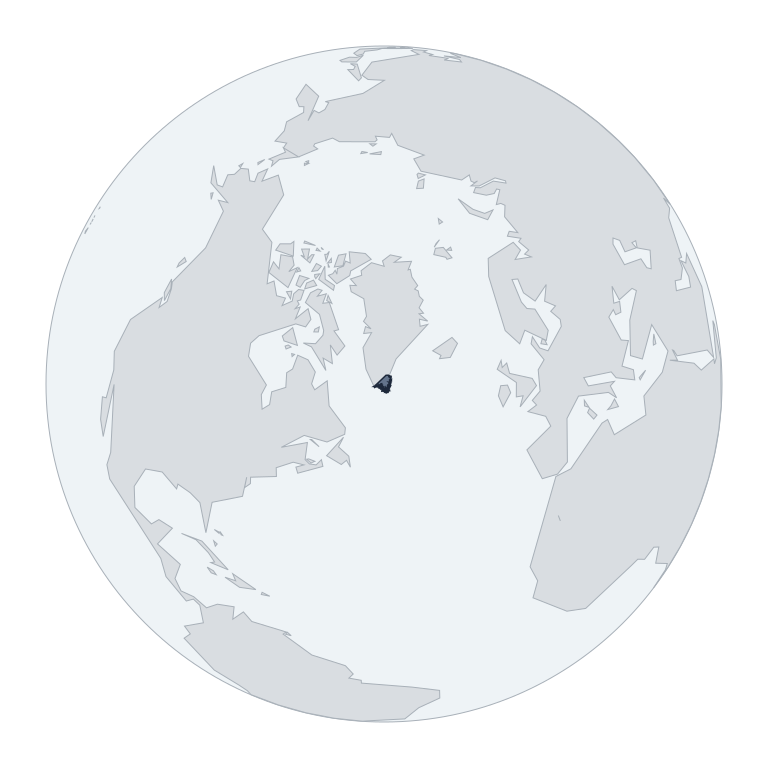 globe centered on Kommune Kujalleq
{"feature_id": "GRL-2740", "entity_name": "Kommune Kujalleq", "entity_type": "state/province", "adm_level": 1, "iso_a3": "GRL", "parent_name": "Greenland", "parent_adm1": "", "projection": "orthographic", "projection_center": [-44.745, 61.276], "detail": "fine", "context": "on_globe", "style": "filled", "palette": "slate", "viewbox_px": 768, "rotation_deg": 0, "n_neighbors": 0, "source": "natural_earth", "source_scale": "10m", "svg_char_len": 16103}
<svg xmlns="http://www.w3.org/2000/svg" viewBox="0 0 768 768"><circle cx="384" cy="384" r="338" fill="#eef3f6" stroke="#a8b0b8"/><path d="M250.9,694.6L247.5,690.8L239.0,685.1L214.3,670.1L184.1,638.2L190.3,633.9L184.5,626.1L203.4,622.8L199.8,605.2L193.4,599.1L186.3,601.0L166.0,576.6L160.8,558.4L109.7,479.0L106.9,464.7L110.7,452.4L114.1,384.4L103.2,436.5L100.6,419.3L102.4,396.8L106.2,397.8L113.8,369.9L114.3,351.3L130.5,319.5L162.2,297.5L159.1,307.5L167.1,301.5L171.4,288.8L172.3,281.9L205.6,247.9L223.4,211.2L218.3,200.2L227.8,202.6L210.9,182.8L213.7,165.6L217.2,184.9L222.6,186.9L227.8,174.8L234.5,174.3L240.8,168.4L248.3,169.1L249.8,180.8L254.7,181.7L258.0,173.2L267.7,168.9L262.0,181.2L278.3,175.1L283.7,194.9L262.4,229.2L271.9,242.3L267.1,283.8L274.0,281.0L276.6,295.7L285.5,298.1L282.1,305.6L292.2,301.1L293.7,293.8L298.6,289.5L304.0,290.4L300.6,300.0L297.3,300.9L299.1,304.2L295.1,308.7L300.2,307.0L295.4,318.8L308.1,308.7L310.9,319.4L305.6,326.9L295.8,323.9L259.0,335.7L250.6,343.2L248.5,356.3L266.4,385.0L261.3,394.6L262.1,409.2L269.6,404.6L271.7,391.8L285.8,387.4L286.7,372.7L292.6,369.0L297.7,355.2L308.0,359.8L315.3,372.0L311.6,383.9L314.7,389.8L327.2,380.8L329.1,405.9L345.4,427.8L344.7,434.3L327.0,442.0L304.2,435.4L281.3,447.3L307.4,442.5L305.1,459.6L309.4,463.9L316.1,464.9L321.4,459.7L322.9,466.4L297.7,473.2L295.9,467.1L303.9,464.9L293.2,462.2L276.2,467.7L276.4,476.5L250.6,477.2L250.4,483.6L244.6,487.6L246.7,477.2L242.5,496.3L212.1,502.3L205.9,532.7L199.9,502.6L190.3,492.8L177.9,484.1L176.6,488.9L162.2,472.0L145.5,469.0L134.2,486.3L134.9,507.5L151.4,523.9L158.9,519.6L172.4,528.2L157.5,543.9L180.3,564.4L175.0,578.5L181.0,590.9L193.7,596.7L206.5,607.8L217.4,604.2L234.1,606.8L232.8,619.2L243.4,611.9L251.8,621.5L286.2,632.0L283.1,634.1L311.8,655.0L345.4,665.7L353.2,674.0L348.9,678.1L361.2,680.3L361.4,683.1L412.0,687.1L439.6,690.4L439.8,698.0L418.8,707.7L404.8,718.9L368.5,720.8L362.6,721.2L333.9,718.2L305.6,712.7L277.9,704.8L250.9,694.6ZM85.4,231.2L88.3,227.6L84.8,233.9L85.4,231.2ZM91.2,222.7L90.0,224.5L91.3,222.5L91.2,222.7ZM93.0,219.5L91.7,221.8L92.9,219.4L93.0,219.5ZM95.0,215.4L94.0,217.5L94.0,217.4L95.0,215.4ZM201.9,541.1L228.2,569.8L210.8,562.6L214.6,562.0L208.4,552.7L196.1,539.8L181.5,533.4L201.9,541.1ZM99.2,208.5L100.3,206.7L99.6,208.3L99.2,208.5ZM219.1,533.4L214.3,529.5L219.3,532.2L219.1,533.4ZM171.6,279.0L170.8,288.6L164.4,300.6L164.3,292.6L171.6,279.0ZM184.7,257.5L186.2,261.5L177.2,267.0L179.1,263.0L184.7,257.5ZM213.1,192.8L211.2,199.4L210.8,193.2L213.1,192.8ZM240.4,167.5L238.8,165.8L242.8,163.5L240.4,167.5ZM291.7,353.6L294.6,354.4L292.1,356.6L291.7,353.6ZM291.1,347.0L286.1,349.0L285.1,346.1L288.2,345.0L291.1,347.0ZM257.9,162.5L264.8,159.5L258.0,164.6L257.9,162.5ZM297.4,345.4L284.0,340.9L282.3,336.0L292.7,327.6L297.4,345.4ZM268.9,159.1L285.5,152.2L283.4,147.8L298.6,156.9L279.5,159.4L271.5,166.2L273.0,160.8L268.9,159.1ZM291.8,291.2L290.5,298.9L286.5,291.7L291.8,291.2ZM288.0,287.6L268.9,272.5L273.5,261.8L279.0,268.9L280.9,254.7L292.6,256.9L294.1,265.2L288.8,271.6L297.3,267.6L288.0,287.6ZM304.4,163.2L308.6,163.5L304.4,165.5L304.4,163.2ZM300.2,287.3L296.0,285.0L299.6,275.5L308.9,278.4L304.7,280.5L300.2,287.3ZM275.7,250.1L280.1,243.8L290.7,243.8L293.9,241.4L293.3,256.1L275.7,250.1ZM306.6,283.1L313.5,280.1L316.7,285.5L304.7,288.9L306.6,283.1ZM296.7,272.0L298.9,267.7L300.7,270.9L296.7,272.0ZM331.9,303.4L326.7,300.6L328.1,295.4L331.9,303.4ZM315.8,278.7L314.7,276.8L314.7,274.5L319.7,273.8L315.8,278.7ZM300.8,255.2L304.3,256.6L301.6,249.1L309.5,249.0L307.6,259.0L311.7,254.7L314.1,254.7L309.9,262.9L300.8,255.2ZM324.8,266.2L325.2,279.3L334.5,285.5L333.5,290.3L318.7,279.4L324.8,266.2ZM316.4,263.5L321.4,266.2L317.6,270.6L311.8,271.4L316.4,263.5ZM315.5,245.5L303.9,243.0L304.7,241.0L315.5,245.5ZM328.3,267.1L328.1,264.0L329.4,267.0L328.3,267.1ZM320.2,251.1L316.0,250.4L317.1,248.1L320.2,251.1ZM331.3,258.4L331.4,262.5L327.5,263.1L331.3,258.4ZM326.9,254.3L329.3,251.3L326.1,260.9L324.8,254.4L326.9,254.3ZM321.9,249.0L321.1,247.4L323.5,249.6L321.9,249.0ZM346.0,253.8L342.9,265.7L334.3,267.0L338.5,255.2L346.0,253.8ZM598.8,123.1L599.8,124.1L618.7,141.0L634.5,157.2L653.3,179.9L670.0,204.1L670.1,204.3L663.5,198.0L669.6,208.2L668.7,217.8L681.6,257.3L678.9,258.5L682.4,268.0L681.0,279.5L675.2,280.7L676.4,290.7L690.6,287.1L688.8,276.5L681.0,260.7L685.8,263.0L686.6,253.5L701.8,286.7L713.6,357.4L707.2,350.0L677.1,355.8L673.8,350.6L673.3,350.3L672.5,350.0L677.5,360.2L669.8,360.2L694.0,363.2L701.3,370.1L713.9,358.9L714.5,363.8L716.3,357.8L712.8,320.6L714.4,324.6L720.7,359.2L721.2,406.1L718.7,430.5L714.4,454.7L708.4,478.6L700.7,501.9L691.3,524.6L680.2,546.6L667.6,567.7L653.5,587.9L665.4,569.8L667.3,563.5L655.7,563.2L658.8,547.0L653.8,547.2L644.6,559.3L637.8,559.2L631.4,565.5L585.7,608.4L566.9,611.2L533.0,597.8L537.7,580.8L530.1,566.8L555.9,476.5L570.9,468.8L602.0,423.1L607.6,419.5L614.3,434.7L645.9,415.0L643.9,396.0L662.3,372.2L668.0,351.0L651.7,324.6L642.4,359.0L630.5,355.6L629.8,320.1L636.4,290.6L632.0,288.4L619.3,299.8L612.0,286.2L613.8,303.2L619.6,301.4L620.9,312.2L615.7,314.7L613.3,309.6L608.8,317.1L621.2,340.0L628.4,340.6L622.0,366.1L633.4,369.7L634.8,379.9L616.1,377.7L611.2,371.9L583.8,377.6L588.3,385.9L614.5,381.3L610.3,385.9L616.6,397.8L608.4,392.4L578.5,396.1L567.0,418.4L567.4,462.0L557.5,474.1L542.3,478.7L526.9,449.9L550.8,426.1L545.7,416.3L527.9,411.6L536.6,405.0L532.3,400.4L540.1,391.1L538.2,369.8L544.1,359.7L531.1,343.8L532.4,336.7L539.7,348.0L548.0,350.8L561.3,326.4L560.2,319.4L550.7,311.3L555.5,305.9L544.6,301.2L546.2,284.5L535.1,301.1L523.5,292.8L517.8,279.0L512.0,279.5L521.4,302.1L526.9,308.5L534.9,309.1L548.2,330.3L546.3,340.4L524.8,330.2L519.7,343.8L505.2,330.6L488.7,276.5L488.2,258.4L513.2,242.3L520.5,250.1L515.1,259.5L531.4,256.9L524.6,254.1L528.7,250.0L518.7,241.6L521.0,238.3L507.4,236.2L509.2,231.3L517.8,232.6L504.6,216.8L505.0,205.3L500.8,203.4L496.3,204.6L499.8,189.7L496.6,189.0L494.2,193.5L486.3,195.2L473.6,192.6L475.5,187.5L480.3,187.8L493.4,181.1L506.0,183.1L505.5,180.8L495.0,177.9L479.1,186.0L470.9,185.9L477.5,180.9L474.4,182.7L471.0,181.1L469.3,174.9L461.7,180.0L421.0,171.2L413.8,158.9L424.2,155.1L397.8,145.3L391.7,133.4L389.5,137.4L375.4,136.2L377.1,139.9L374.9,141.8L339.4,141.7L332.6,138.1L314.8,143.8L313.6,146.0L317.7,148.9L298.6,156.9L283.4,147.8L286.7,143.1L275.0,141.1L284.3,130.8L286.6,121.8L303.6,112.5L303.9,106.7L299.2,106.6L296.1,99.0L306.0,84.3L318.7,96.2L308.0,120.7L314.1,110.4L318.9,112.9L324.9,109.5L328.7,102.6L325.3,101.6L363.0,93.4L384.4,80.3L368.0,79.5L361.9,75.2L371.9,62.1L418.9,54.4L411.3,50.6L413.7,49.6L426.5,50.6L423.5,52.0L432.6,54.5L428.9,55.5L448.5,58.4L444.1,60.0L461.5,62.0L459.5,59.5L443.9,55.9L460.9,57.6L450.4,53.3L453.9,53.4L455.2,53.7L481.1,60.3L506.5,69.1L531.1,79.8L554.8,92.4L577.4,106.9L598.8,123.1ZM558.3,515.5L560.3,520.7L560.3,520.8L558.3,515.5ZM651.2,268.8L650.1,250.2L637.2,247.9L635.7,240.7L631.9,242.7L636.3,247.8L625.0,251.8L619.7,240.4L613.0,238.0L613.0,244.2L624.5,264.7L640.9,258.8L646.8,267.7L651.2,268.8ZM287.3,632.2L291.2,635.7L285.6,634.2L287.3,632.2ZM207.2,567.1L213.4,570.8L216.2,574.7L211.2,572.8L207.2,567.1ZM262.1,592.3L269.8,596.2L261.3,594.5L262.1,592.3ZM232.7,573.7L255.9,589.6L239.5,587.3L225.0,577.2L235.7,580.8L232.7,573.7ZM213.7,540.8L217.2,544.0L215.3,546.2L213.7,540.8ZM222.7,535.4L221.1,534.8L219.9,531.4L222.7,535.4ZM306.6,459.2L308.7,458.9L314.9,461.3L310.9,463.0L306.6,459.2ZM348.8,456.2L350.4,467.2L346.5,460.3L341.3,464.5L326.6,455.7L343.5,437.2L338.5,446.9L348.8,456.2ZM311.7,439.5L319.1,446.7L310.3,439.5L311.7,439.5ZM500.7,385.7L507.5,385.1L510.7,392.7L503.1,406.8L498.4,395.8L500.7,385.7ZM516.4,382.5L497.2,369.3L501.1,360.4L502.2,367.5L506.7,363.0L509.6,373.4L532.2,378.4L536.5,385.6L520.1,406.9L523.1,395.8L516.3,396.9L516.4,382.5ZM441.0,355.4L432.7,350.8L452.0,337.4L457.5,343.4L450.3,357.4L439.5,358.7L441.0,355.4ZM318.3,332.0L313.8,331.9L314.8,329.2L319.3,326.9L318.3,332.0ZM329.3,302.5L338.6,329.7L334.0,330.9L344.9,346.0L337.1,355.1L330.3,344.9L332.4,363.6L323.1,358.1L325.9,370.5L311.5,346.9L303.3,343.0L315.5,343.7L322.9,335.3L323.7,330.6L319.5,314.4L305.4,302.5L310.5,292.8L317.9,289.0L322.1,290.3L317.4,296.2L326.3,293.8L322.8,303.3L329.3,302.5ZM401.3,257.2L394.2,262.3L411.5,261.3L408.1,269.9L410.3,269.3L411.9,277.1L417.7,285.6L414.6,289.1L418.2,290.9L419.3,296.3L423.2,300.1L419.1,307.8L423.5,313.2L419.0,313.8L427.7,321.1L419.4,319.2L420.1,326.3L427.8,324.4L396.1,358.9L389.2,375.6L388.0,390.9L373.9,386.2L366.0,369.2L363.0,347.7L371.6,332.6L363.7,333.5L365.5,326.6L371.0,328.8L363.5,321.4L366.5,316.4L363.8,298.7L351.2,291.7L349.9,285.3L356.3,285.6L350.5,279.0L361.7,275.3L361.1,270.7L371.5,262.7L384.2,266.3L382.5,260.9L390.3,254.9L401.3,257.2ZM349.2,251.8L365.3,253.5L371.2,259.3L350.7,270.9L349.7,275.6L336.8,283.7L328.4,275.3L332.8,273.7L335.2,270.3L336.9,274.2L337.4,268.5L343.5,266.2L345.6,261.1L350.2,263.0L349.2,251.8ZM607.7,409.6L610.9,405.9L614.5,399.0L618.5,406.6L607.7,409.6ZM587.6,412.6L589.5,408.2L597.0,415.1L593.7,419.1L587.6,412.6ZM584.3,400.2L589.1,407.4L584.5,405.9L584.3,400.2ZM540.9,343.7L542.2,338.9L544.9,340.1L547.1,344.7L540.9,343.7ZM452.0,257.8L447.0,259.3L445.8,257.3L433.8,254.6L435.4,248.3L443.3,247.4L452.0,257.8ZM653.8,333.9L655.9,343.7L653.4,345.1L653.2,341.5L653.8,333.9ZM639.2,377.6L645.6,370.2L640.2,379.8L639.2,377.6ZM451.7,250.4L446.6,250.0L450.6,247.1L451.7,250.4ZM436.0,243.6L439.5,239.7L434.2,247.2L436.0,243.6ZM458.1,198.8L473.0,209.3L484.7,213.4L493.0,209.9L487.7,219.7L469.6,213.3L458.1,198.8ZM425.4,174.9L418.2,178.5L417.0,174.5L418.4,173.1L425.4,174.9ZM424.1,178.9L423.4,188.2L416.6,188.6L418.4,181.1L424.1,178.9ZM438.3,218.5L442.6,222.0L439.2,224.1L438.3,218.5ZM395.1,47.1L395.4,47.7L387.0,47.6L389.2,47.2L395.1,47.1ZM359.9,49.1L384.9,47.9L404.9,48.1L400.1,47.5L407.1,47.2L412.8,48.4L396.7,48.6L382.0,48.5L377.1,49.9L364.7,51.3L363.3,54.0L357.0,55.6L353.8,53.2L359.9,49.1ZM363.3,55.3L356.3,62.0L341.8,61.9L340.0,60.4L349.4,57.2L356.5,57.4L363.3,55.3ZM350.4,63.7L357.2,64.1L361.4,77.8L358.6,80.8L347.8,69.6L353.6,69.5L355.2,66.4L350.4,63.7ZM308.7,160.7L308.6,163.2L305.9,161.5L308.7,160.7ZM376.2,143.9L372.9,146.2L369.8,143.8L376.2,143.9ZM361.9,151.5L367.7,152.5L360.8,153.6L361.9,151.5ZM380.8,154.6L369.6,153.9L381.4,151.6L380.8,154.6Z" fill="#d9dde1" stroke="#a8b0b8" stroke-width="1"/><path d="M388.3,375.2L388.4,375.5L389.5,375.9L389.6,376.2L389.8,375.9L390.4,376.2L390.6,376.6L390.5,376.8L390.0,376.4L390.2,376.8L390.5,377.2L390.8,377.0L390.8,377.3L391.1,377.3L390.6,377.4L389.5,376.7L388.8,376.6L388.8,376.8L389.4,377.1L389.9,377.7L390.8,377.7L390.6,378.0L390.8,378.3L390.7,378.7L390.7,379.0L390.1,379.4L390.4,379.5L390.1,379.9L390.7,379.5L391.3,379.5L391.0,380.1L390.5,380.1L391.1,380.4L390.7,381.0L390.0,381.2L389.5,380.7L389.2,381.0L389.5,380.9L390.0,381.4L391.0,381.3L390.6,381.5L390.8,381.8L390.4,381.8L390.6,381.9L390.4,381.9L390.5,382.2L388.7,382.1L389.1,382.4L390.2,382.4L390.2,382.7L390.3,382.9L390.4,383.0L390.5,382.9L390.6,383.1L389.8,383.7L390.0,383.8L388.2,383.6L389.6,383.9L389.2,384.1L389.9,384.0L390.2,384.4L389.6,384.5L389.2,384.3L388.4,384.3L389.8,384.7L390.0,384.9L387.2,384.8L389.0,385.1L388.9,385.2L389.8,385.2L389.6,385.3L390.0,385.5L389.5,385.5L389.6,385.8L389.8,385.9L388.9,386.3L387.6,385.9L387.6,386.1L389.6,386.7L387.5,386.5L389.7,387.1L389.2,387.6L388.2,387.5L388.3,387.6L389.3,387.8L389.3,387.7L389.8,387.4L389.6,387.8L388.6,387.9L389.6,388.0L388.6,388.2L388.9,388.5L388.2,388.2L388.7,388.7L388.4,388.7L387.5,388.3L387.0,387.2L387.0,387.5L387.3,388.2L385.9,388.0L385.7,387.7L385.7,387.9L385.6,388.0L386.6,388.3L386.7,388.9L386.8,388.6L387.0,388.4L388.1,388.8L387.4,389.7L387.8,389.4L388.1,389.5L387.9,389.3L388.0,389.2L388.6,389.1L388.6,389.4L388.0,389.3L388.8,389.6L388.6,389.8L388.8,390.0L388.4,389.9L388.1,390.2L388.8,390.3L388.6,390.3L388.8,390.5L388.5,390.5L388.8,390.7L388.9,390.9L388.8,391.0L387.4,390.7L387.3,390.4L387.2,390.6L386.2,390.4L385.7,390.5L385.7,390.2L386.2,389.7L385.9,389.2L385.9,389.8L385.7,390.0L385.4,389.6L385.5,390.2L385.3,390.1L385.4,390.4L384.8,390.7L384.5,391.6L384.2,391.4L384.2,390.9L384.1,391.5L383.8,391.4L383.6,390.8L383.7,390.6L383.5,390.9L383.7,391.4L383.3,391.3L383.4,391.1L383.2,390.9L382.7,391.0L383.0,390.6L384.0,390.3L383.7,390.2L384.6,388.9L384.8,388.2L383.7,389.9L383.6,390.2L383.0,390.4L382.7,390.7L382.8,390.4L382.6,390.5L382.7,390.3L383.5,389.6L383.4,389.4L383.7,388.7L383.4,388.7L383.9,388.1L383.9,387.7L384.3,387.2L383.8,387.5L383.7,388.1L383.3,388.6L382.6,388.9L382.4,388.8L382.5,388.5L383.1,387.6L382.6,387.8L382.6,388.1L381.8,388.6L382.2,387.9L382.9,387.2L382.4,387.5L382.3,387.2L382.2,387.7L381.9,387.8L381.9,388.2L381.6,388.7L381.5,388.3L381.3,388.4L381.5,388.0L381.1,388.0L381.5,387.7L381.0,387.8L380.9,388.3L380.8,388.2L380.7,388.4L380.6,388.1L380.4,388.1L381.6,387.4L380.8,387.4L381.6,387.0L381.5,386.9L382.2,386.2L382.5,386.2L382.2,386.0L382.3,385.7L382.1,385.6L382.1,385.9L381.2,387.0L380.7,387.0L380.7,386.9L381.1,386.6L380.8,386.5L380.4,386.6L380.3,387.2L379.8,387.1L379.8,386.9L380.2,386.8L380.8,386.2L379.9,386.6L380.7,386.0L381.8,385.7L382.5,385.0L382.7,384.5L382.2,385.1L381.8,384.2L381.9,385.0L381.5,385.5L381.0,385.9L380.3,386.1L380.2,386.0L380.3,386.0L380.1,385.7L381.3,385.2L381.1,385.0L381.3,384.9L381.2,384.8L381.5,384.8L381.1,384.7L380.8,384.3L381.3,383.7L381.0,383.7L380.6,384.2L380.1,384.1L380.9,384.7L380.6,384.8L380.7,385.0L380.3,385.3L379.6,385.1L380.1,385.5L379.7,385.7L379.6,385.3L379.2,385.0L379.3,385.3L379.1,385.3L379.2,385.5L378.8,385.5L378.9,385.8L378.5,385.6L378.7,386.1L378.6,385.9L378.5,386.1L378.3,385.8L378.4,386.1L377.9,385.9L378.4,386.2L377.9,386.7L377.7,386.7L377.8,386.5L377.6,386.6L378.0,386.2L377.4,386.4L377.4,386.2L377.8,385.9L377.3,385.8L377.5,385.7L376.8,386.1L376.7,385.7L376.0,386.1L375.4,385.9L375.1,386.2L375.5,386.2L375.3,386.3L376.1,386.1L376.6,386.3L376.3,386.5L374.8,386.3L374.8,386.1L374.5,386.4L374.0,386.4L375.4,385.6L375.6,385.4L375.0,385.4L375.8,385.0L386.0,375.3L388.3,375.2ZM386.0,390.5L388.8,391.1L388.7,391.3L388.5,391.5L388.1,391.1L387.4,391.0L387.7,391.3L387.4,391.9L387.2,391.5L387.0,391.8L386.4,391.5L387.0,391.1L386.4,391.2L385.8,390.7L386.0,390.5ZM386.3,391.6L387.3,392.4L386.8,392.6L386.8,392.2L386.5,392.7L386.4,392.6L386.5,392.1L386.2,392.6L385.9,392.5L386.3,391.6ZM375.1,386.9L375.6,386.9L374.9,387.3L374.9,387.0L374.4,387.1L374.0,386.5L374.6,386.4L375.3,386.6L375.1,386.9ZM378.8,386.8L378.0,386.9L379.8,385.9L379.9,386.1L378.8,386.8ZM382.8,389.3L382.7,389.9L382.0,390.4L382.2,389.2L382.8,389.3ZM385.2,391.6L384.9,391.8L385.1,391.0L384.7,391.5L384.9,390.7L385.3,390.8L385.6,391.2L385.3,391.7L385.2,391.5L385.3,391.3L385.2,391.3L385.2,391.6ZM386.2,391.6L385.8,392.1L385.7,391.6L385.6,392.1L385.2,392.3L385.0,392.1L385.6,391.4L386.2,391.6ZM378.9,387.3L379.7,387.0L379.2,387.2L379.4,387.5L378.9,387.3ZM388.0,391.3L388.0,391.8L387.8,391.7L387.6,392.0L387.8,391.3L388.0,391.3ZM390.6,376.2L391.0,376.2L391.1,376.6L390.8,376.6L390.6,376.2ZM385.8,391.3L385.5,390.8L385.6,390.5L385.8,391.0L386.2,391.2L385.8,391.3ZM389.4,386.1L390.1,386.1L389.1,386.3L389.4,386.1ZM391.4,380.3L391.4,380.6L391.2,380.7L391.3,380.9L390.9,381.0L391.4,380.3ZM380.4,387.8L380.5,387.5L381.0,387.6L380.4,387.8ZM380.6,387.3L380.4,387.4L380.1,387.7L379.8,387.5L379.9,387.4L380.6,387.3ZM382.9,389.7L383.3,388.9L383.5,388.9L383.2,389.5L382.9,389.7ZM383.1,389.3L382.9,389.2L383.3,388.9L383.1,389.3ZM388.5,391.6L388.3,391.9L388.2,391.7L388.1,392.0L388.2,391.5L388.5,391.6ZM378.9,385.6L379.2,385.7L379.2,385.9L378.9,385.9L378.9,385.6ZM379.5,386.6L379.3,386.8L379.2,386.7L379.4,386.6L379.5,386.6ZM378.5,387.1L378.8,386.9L378.9,387.0L378.5,387.1ZM377.2,386.5L377.0,386.4L377.3,386.3L377.2,386.5ZM376.5,386.7L376.9,386.8L376.5,386.7ZM382.4,390.7L382.5,390.4L382.6,390.5L382.4,390.7ZM384.4,391.7L384.6,391.6L384.6,391.8L384.4,391.7ZM390.3,382.9L390.6,382.6L390.4,382.9L390.3,382.9ZM382.1,388.7L382.1,389.0L382.1,388.7ZM377.0,386.2L377.2,385.9L377.3,385.9L377.3,386.1L377.0,386.2ZM377.4,386.6L377.5,386.8L377.4,386.7L377.4,386.6ZM377.0,386.2L376.9,386.4L376.9,386.2L377.0,386.2ZM376.9,386.6L377.0,386.5L376.9,386.6ZM377.4,386.1L377.5,386.0L377.7,385.9L377.6,386.0L377.4,386.1Z" fill="#64748b" stroke="#1e293b" stroke-width="1.5"/></svg>